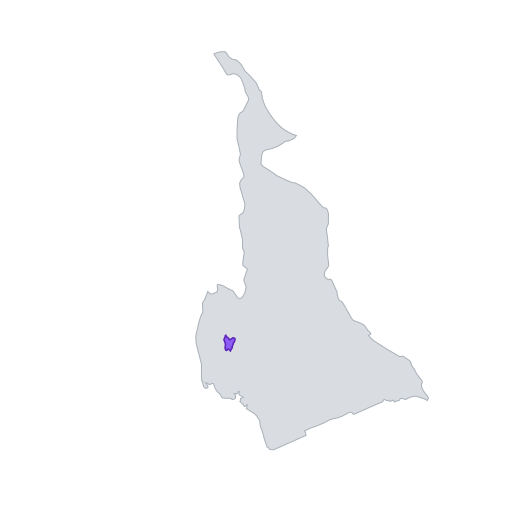 location of Menoua, Ouest, Cameroon, rotated 336°
{"feature_id": "32672807B11213510980510", "entity_name": "Menoua", "entity_type": "district", "adm_level": 2, "iso_a3": "CMR", "parent_name": "Cameroon", "parent_adm1": "Ouest", "projection": "equal_earth", "projection_center": [10.088, 5.433], "detail": "fine", "context": "in_parent", "style": "filled", "palette": "violet", "viewbox_px": 512, "rotation_deg": 336, "n_neighbors": 0, "source": "geoboundaries", "source_scale": "gbopen_adm2", "svg_char_len": 4458}
<svg xmlns="http://www.w3.org/2000/svg" viewBox="0 0 512 512"><g transform="rotate(336 256 256)"><path d="M155.7,348.3L156.5,345.5L162.2,332.6L165.7,311.9L167.4,307.0L169.0,303.8L177.3,292.8L180.3,289.3L184.8,285.3L188.0,277.2L189.0,276.3L190.5,275.7L197.5,268.8L198.2,270.1L198.6,271.8L199.2,272.5L201.5,273.0L204.6,273.0L206.5,272.5L207.4,271.1L208.4,267.4L209.0,266.6L209.7,266.4L213.2,269.1L218.9,276.6L220.3,277.9L220.9,279.4L222.2,286.2L222.9,287.9L224.1,288.6L226.3,288.2L228.6,286.9L230.6,285.2L232.6,282.9L234.0,280.9L234.6,279.4L234.9,273.8L235.3,272.6L242.7,264.6L242.5,263.8L241.3,261.5L240.2,259.0L241.3,256.5L242.5,254.5L246.8,247.8L247.0,242.9L250.4,235.3L252.4,225.2L252.4,223.3L256.9,212.2L261.6,211.2L263.4,209.7L265.5,206.9L266.8,204.4L267.4,201.9L267.9,197.2L268.7,191.9L269.2,187.2L270.6,182.9L272.9,180.7L277.0,178.9L277.6,178.0L278.2,175.1L278.8,165.6L279.5,161.3L283.2,156.6L284.9,149.1L286.3,141.3L290.6,131.8L295.6,122.4L297.9,119.9L299.9,118.8L302.1,118.6L303.7,117.9L309.1,113.3L311.3,111.7L313.0,110.0L313.4,108.6L313.5,106.6L313.0,101.7L313.9,98.2L314.4,92.7L314.6,88.4L314.4,86.9L313.4,84.4L311.7,81.7L309.0,80.1L305.3,79.7L303.3,78.7L302.6,73.8L302.3,70.7L299.7,54.3L304.4,54.4L310.1,56.3L311.5,57.8L312.3,63.4L314.4,66.6L318.0,69.2L320.3,74.6L321.2,82.7L323.2,87.6L323.7,88.4L326.5,97.6L326.7,101.9L326.5,104.8L327.7,108.3L326.0,114.4L325.5,118.1L325.3,123.4L326.4,132.6L328.1,139.8L330.0,145.5L331.9,150.0L335.2,155.0L338.7,159.5L341.9,162.3L339.0,164.0L333.2,164.2L329.9,163.3L328.3,163.2L326.7,163.8L320.5,164.7L314.3,164.3L308.5,163.2L305.0,163.3L302.3,166.1L300.1,170.2L298.0,173.5L298.8,177.1L300.3,179.1L303.3,183.6L306.0,187.9L307.4,190.7L312.8,197.0L318.0,202.7L320.4,204.6L321.3,205.0L324.2,208.3L328.1,213.6L331.7,221.9L336.8,238.5L337.9,239.9L339.6,240.8L339.8,242.6L339.7,245.2L339.2,247.3L335.2,256.0L331.7,259.3L330.7,261.4L329.4,266.4L326.2,276.3L324.8,277.7L321.7,284.4L319.1,292.9L318.5,294.2L317.5,295.2L313.8,297.3L312.5,298.4L310.7,301.0L310.4,302.7L311.3,305.2L312.3,307.1L314.3,307.1L315.3,308.9L315.4,322.0L314.5,324.0L314.5,324.9L314.1,327.1L314.0,329.7L314.2,330.7L315.0,331.5L316.0,333.2L316.6,337.3L317.9,351.5L318.4,353.7L319.5,355.3L322.7,358.3L326.2,362.4L327.2,365.0L327.9,369.3L329.2,372.6L329.2,373.8L328.6,374.2L326.5,374.5L327.2,377.0L329.0,381.2L337.7,394.4L346.1,406.1L348.0,407.0L349.5,407.2L350.1,407.9L350.9,409.6L353.7,413.9L354.2,416.3L353.6,418.7L354.2,422.3L354.7,423.7L354.6,424.9L354.9,429.3L355.7,433.2L356.9,436.6L356.7,438.9L355.1,440.2L354.2,442.4L353.9,445.4L354.4,449.1L355.6,453.4L355.7,456.0L353.7,457.7L351.4,454.7L349.0,452.7L345.3,449.2L341.5,447.9L336.7,447.7L334.6,448.1L331.1,445.3L329.9,444.9L328.3,446.1L327.2,446.1L325.9,445.7L323.1,445.7L322.9,443.7L322.4,443.3L319.4,443.5L318.5,441.8L318.1,442.0L317.0,441.5L314.6,439.1L312.1,440.7L306.9,440.5L280.7,440.4L280.0,438.2L278.7,437.0L276.4,436.9L269.4,437.4L264.1,437.0L260.5,436.2L256.1,435.6L250.6,436.1L244.9,436.0L234.9,435.4L229.3,435.5L229.5,436.9L229.1,437.9L228.8,440.2L193.2,440.2L190.3,438.6L189.5,437.5L189.2,435.6L188.5,435.3L189.1,427.0L190.3,420.0L190.7,413.6L192.4,407.8L191.5,402.1L190.5,399.6L185.1,391.5L187.6,388.5L184.3,388.9L183.6,385.9L182.1,382.3L183.0,381.7L184.0,379.7L186.9,380.3L186.8,379.4L184.3,376.3L184.5,374.8L185.6,373.1L185.0,372.4L183.2,374.1L181.9,374.1L180.9,372.9L180.1,372.7L180.6,375.1L179.6,377.1L178.6,377.9L176.9,377.7L175.6,377.2L175.2,376.1L174.0,375.2L170.4,373.6L167.4,371.8L166.8,366.9L165.6,364.8L165.1,362.4L164.8,359.6L165.3,355.4L164.5,354.8L163.6,354.5L162.3,354.7L161.1,354.5L159.7,352.2L158.5,351.3L159.2,355.6L158.3,356.8L156.2,356.4L155.3,354.8L155.1,353.6L156.1,348.4L155.7,348.3Z" fill="#d9dde1" stroke="#a8b0b8" stroke-width="1"/><path d="M194.0,332.4L195.6,330.9L195.9,330.6L197.0,330.3L197.1,329.5L197.7,328.8L198.1,328.5L198.6,327.8L198.9,327.6L199.3,327.3L199.9,326.3L200.4,326.2L200.6,326.1L200.8,326.0L201.3,325.5L201.6,325.2L202.7,324.2L203.2,322.6L202.4,322.0L202.1,321.6L201.8,321.3L201.4,321.4L199.0,321.7L198.5,321.9L197.9,321.8L197.6,321.4L197.5,319.8L196.8,318.7L196.2,317.4L196.2,316.1L195.5,316.3L195.3,316.8L194.5,317.6L194.4,317.7L193.8,318.3L192.9,319.0L192.6,319.7L192.4,323.5L192.2,324.4L191.7,324.9L191.4,325.7L190.9,326.5L190.4,327.0L190.1,328.8L190.0,329.5L190.2,330.0L190.7,330.3L191.0,330.4L191.6,329.7L192.0,329.8L192.7,329.6L193.4,330.6L193.9,332.2L194.0,332.4Z" fill="#8b5cf6" stroke="#5b21b6" stroke-width="1.5"/></g></svg>